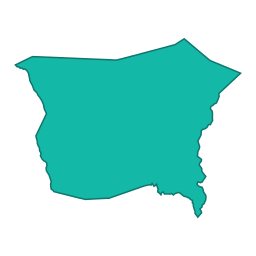 Iraquara, Bahia, Brazil
{"feature_id": "56859067B68644290328540", "entity_name": "Iraquara", "entity_type": "district", "adm_level": 2, "iso_a3": "BRA", "parent_name": "Brazil", "parent_adm1": "Bahia", "projection": "natural_earth1", "projection_center": [-41.56, -12.26], "detail": "fine", "context": "isolated", "style": "filled", "palette": "teal", "viewbox_px": 256, "rotation_deg": 0, "n_neighbors": 0, "source": "geoboundaries", "source_scale": "gbopen_adm2", "svg_char_len": 2236}
<svg xmlns="http://www.w3.org/2000/svg" viewBox="0 0 256 256"><path d="M240.6,73.2L212.1,61.4L210.0,60.5L199.7,51.9L184.2,38.8L174.9,44.7L149.4,51.5L122.6,58.6L116.3,60.1L110.3,59.8L80.9,58.6L60.0,57.7L32.8,56.6L31.4,57.1L15.4,64.9L17.0,66.7L18.9,67.0L20.0,68.1L22.0,68.1L23.2,69.2L25.2,69.1L27.2,71.0L28.6,73.5L29.0,75.9L29.5,78.0L29.8,80.4L30.5,82.1L31.5,83.9L32.5,85.7L33.3,88.0L34.1,90.1L35.5,91.4L37.0,92.9L38.0,95.3L39.4,96.9L40.4,98.4L41.8,100.7L42.8,103.0L43.5,104.5L43.8,106.6L44.4,109.2L45.4,111.2L46.5,113.7L35.9,135.9L36.3,137.8L36.8,139.5L37.3,141.2L37.3,143.4L38.1,145.6L39.4,147.8L39.6,150.8L41.1,153.3L40.4,155.8L41.9,158.7L43.6,160.7L45.5,161.6L46.8,163.2L46.9,165.8L46.1,167.9L46.4,170.7L47.7,172.9L48.9,174.7L49.8,177.3L50.6,179.7L51.2,181.8L50.6,184.3L50.8,186.9L51.3,189.3L52.8,190.1L53.9,191.6L58.9,192.9L79.2,198.0L81.2,198.4L85.2,199.4L105.8,198.3L109.1,198.2L144.0,186.0L148.9,184.8L151.2,185.0L152.1,183.5L153.1,184.8L154.0,186.3L155.4,185.5L156.6,184.3L157.3,187.0L158.1,189.2L157.7,191.9L159.6,193.3L160.9,194.8L161.6,192.8L163.2,191.9L164.4,194.0L167.6,193.9L170.1,194.1L171.6,193.5L173.3,195.0L175.2,193.5L177.2,192.8L179.0,192.5L180.9,193.7L182.8,195.4L184.2,196.4L186.0,196.6L187.8,197.5L189.4,198.2L190.6,199.6L192.5,200.4L192.3,202.7L193.3,204.0L193.3,206.0L193.8,207.6L194.3,209.4L195.1,211.2L195.1,213.6L196.7,215.5L197.8,217.2L199.2,215.5L200.4,214.2L201.6,212.7L201.1,211.1L199.8,208.9L201.9,207.2L202.3,204.9L204.0,203.8L205.0,201.5L205.7,199.8L206.0,197.2L205.8,195.5L204.8,193.8L203.7,192.4L203.3,190.5L202.8,188.8L202.0,187.2L200.0,186.7L198.3,185.9L197.0,184.1L197.8,182.0L200.6,182.7L202.3,181.9L203.2,180.2L204.5,178.5L205.8,176.4L204.1,174.4L202.8,172.7L201.7,170.9L201.8,168.8L200.9,167.2L199.2,165.0L199.8,162.9L201.3,161.3L201.5,159.4L199.6,157.8L197.4,156.4L197.7,153.7L197.8,151.7L199.2,148.8L199.7,146.7L198.8,144.0L197.9,140.9L199.0,139.0L199.9,137.2L201.1,134.8L201.1,132.8L201.4,130.5L203.0,129.2L204.8,128.9L206.9,127.5L208.5,124.6L210.5,124.6L211.3,122.6L212.6,120.6L212.4,117.9L212.5,113.4L212.1,111.1L210.3,108.7L211.0,106.3L212.7,105.5L214.3,104.0L216.5,102.9L217.5,100.6L218.2,98.9L219.1,96.4L218.8,93.6L240.6,73.2Z" fill="#14b8a6" stroke="#0f766e" stroke-width="1.5"/></svg>